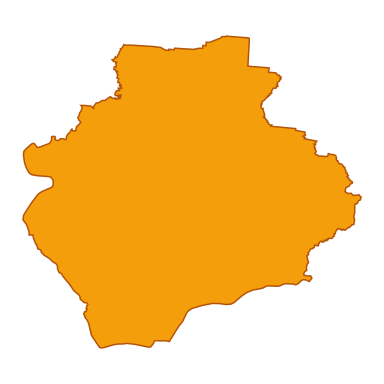 Tha Phae, Satun, Thailand (Mercator projection)
{"feature_id": "78962969B83222523917082", "entity_name": "Tha Phae", "entity_type": "district", "adm_level": 2, "iso_a3": "THA", "parent_name": "Thailand", "parent_adm1": "Satun", "projection": "mercator", "projection_center": [99.941, 6.801], "detail": "fine", "context": "isolated", "style": "filled", "palette": "amber", "viewbox_px": 384, "rotation_deg": 0, "n_neighbors": 0, "source": "geoboundaries", "source_scale": "gbopen_adm2", "svg_char_len": 5861}
<svg xmlns="http://www.w3.org/2000/svg" viewBox="0 0 384 384"><path d="M332.8,154.5L331.8,154.6L328.3,153.6L328.0,155.5L327.3,156.4L324.5,156.5L322.8,156.1L318.5,156.1L317.4,155.0L315.4,154.3L315.0,153.7L315.0,153.0L316.0,152.2L316.2,151.5L315.4,149.4L314.7,148.8L315.3,147.7L314.5,147.2L314.2,145.7L315.1,145.1L314.2,144.3L315.5,144.3L315.3,143.6L316.8,141.2L304.4,138.7L305.1,137.5L303.0,136.4L303.5,135.7L304.3,135.8L305.5,135.0L304.8,134.0L305.0,132.1L295.7,130.4L295.7,128.6L271.1,126.3L270.9,125.7L271.6,125.0L269.9,124.9L268.8,124.2L268.3,122.7L267.4,122.3L267.7,121.2L266.7,120.9L266.6,119.8L263.6,117.2L264.8,116.9L264.3,115.3L264.7,114.3L264.0,113.3L264.0,112.3L262.9,110.1L263.2,108.5L261.5,108.4L261.0,106.9L261.2,104.9L261.7,104.7L261.1,104.0L261.9,103.5L261.8,102.1L264.8,99.8L266.7,97.3L267.5,97.2L267.5,96.2L268.4,96.4L268.7,95.8L269.6,95.3L269.3,94.5L269.6,93.8L270.1,93.6L270.4,94.0L271.7,93.2L271.6,91.0L273.0,88.4L273.5,88.1L275.7,88.3L276.5,87.5L276.4,86.3L277.8,86.3L277.0,85.0L277.5,85.0L277.7,84.5L277.2,82.8L279.7,80.8L279.7,80.1L280.5,79.3L280.2,78.9L280.9,78.8L281.1,78.3L281.0,76.9L280.0,76.7L280.1,76.4L279.1,75.1L278.1,75.6L276.0,72.9L268.4,72.2L269.2,67.9L247.9,66.2L249.2,42.5L249.2,38.6L248.7,37.9L225.8,36.1L225.1,36.7L221.7,36.6L221.0,37.9L209.4,42.4L206.2,42.2L206.0,45.6L202.9,45.5L202.7,48.3L198.6,48.3L193.7,49.4L174.7,48.2L174.3,49.7L168.8,49.3L168.8,50.4L166.9,50.1L166.1,50.4L165.1,50.1L164.4,49.4L162.9,49.0L162.0,48.1L160.7,47.5L153.1,46.5L134.1,45.3L129.1,45.1L126.2,45.3L123.9,44.5L122.3,47.7L121.2,48.6L120.4,48.8L120.5,50.6L119.3,51.8L119.0,53.9L117.9,54.9L117.2,57.2L116.1,57.6L115.4,56.8L114.5,59.0L112.1,59.8L113.5,61.5L115.0,61.7L115.5,62.4L116.2,62.1L116.7,62.4L115.8,63.9L116.2,64.7L116.1,66.9L114.3,66.9L113.8,69.5L115.8,69.9L116.1,71.6L116.8,71.1L117.7,71.6L117.8,71.9L117.1,72.2L117.0,73.9L118.1,75.1L117.5,75.7L117.0,78.2L118.5,78.5L118.7,78.9L117.7,82.3L118.2,82.7L119.4,82.6L119.9,84.4L121.3,85.1L120.9,86.2L120.2,85.5L119.5,85.7L121.8,88.1L121.1,88.6L120.0,87.9L119.5,88.3L118.3,88.1L118.2,88.7L119.0,88.9L119.6,90.6L116.6,90.7L115.1,93.2L114.9,94.8L115.5,95.5L117.4,95.6L117.9,96.4L118.5,96.1L118.4,95.2L120.0,95.4L121.0,95.0L121.1,95.9L119.9,96.9L120.4,98.2L119.5,98.6L118.7,97.3L118.0,98.1L117.9,98.8L116.1,99.2L115.8,98.1L115.1,98.7L114.5,98.2L112.4,98.3L110.4,96.7L107.6,98.4L105.1,100.5L102.1,100.5L98.3,102.9L96.1,103.0L93.4,106.9L93.5,108.3L92.4,107.6L91.4,106.2L84.2,105.4L80.9,105.4L82.1,107.1L82.2,107.9L81.6,109.0L81.4,110.4L80.2,112.1L79.3,114.0L79.1,115.5L77.8,117.7L79.1,120.4L80.6,121.8L80.6,122.3L79.2,124.4L76.6,126.4L75.7,130.9L72.8,130.8L72.2,130.3L72.2,129.2L71.5,129.2L69.8,132.6L68.3,133.6L66.6,136.1L66.1,139.5L65.5,139.7L63.9,139.0L61.3,138.6L60.2,138.9L58.4,140.5L57.0,140.5L55.9,140.1L55.2,139.4L55.3,137.3L54.9,136.5L52.0,136.4L51.6,136.9L51.6,139.3L51.2,140.7L50.1,142.6L49.2,143.5L39.3,147.2L37.6,147.4L36.5,146.6L34.7,144.0L33.7,143.4L32.6,143.5L31.4,144.1L26.6,148.3L24.0,151.1L23.4,154.3L24.4,162.1L25.5,165.7L27.0,169.3L29.5,173.3L31.7,174.7L37.2,175.7L49.3,176.6L50.5,177.0L52.1,178.6L53.1,180.7L53.3,182.2L53.0,185.3L51.9,187.2L41.8,191.6L38.0,194.2L30.9,203.7L24.3,214.0L23.5,215.8L23.0,219.8L26.6,224.7L28.9,231.5L29.2,235.1L32.8,234.9L33.4,237.9L35.7,243.9L36.8,245.2L37.8,249.0L39.7,249.5L41.3,250.7L41.2,252.3L43.1,254.0L43.6,254.9L49.0,258.2L53.4,262.3L55.5,263.3L56.6,264.4L57.4,265.9L57.5,268.6L58.7,271.7L59.6,272.9L61.6,273.7L62.7,276.0L66.6,280.9L69.1,283.6L73.9,290.7L79.1,295.1L79.9,296.3L80.2,299.0L84.3,302.7L86.7,302.8L87.9,304.2L86.6,306.1L86.4,307.4L86.9,308.1L86.2,308.8L86.9,309.9L86.3,310.3L86.2,311.5L84.5,311.9L84.5,312.5L83.8,313.3L83.8,314.2L84.7,315.5L84.6,316.5L85.3,316.9L85.1,317.4L86.8,319.6L88.7,323.4L90.3,330.8L91.1,332.1L90.8,333.3L91.8,335.9L99.5,347.4L101.4,347.9L104.0,347.6L113.6,344.7L118.3,344.0L122.6,344.0L127.1,343.4L135.4,344.4L147.8,347.0L150.4,347.1L153.2,343.9L154.5,340.8L165.6,340.8L169.3,341.5L178.4,326.8L182.7,321.3L186.8,312.7L188.5,310.8L191.9,308.5L202.4,305.4L212.6,303.4L219.8,303.6L225.8,304.5L230.7,304.2L233.7,302.8L242.5,295.4L247.1,292.4L252.8,290.1L262.5,288.2L267.2,285.8L277.5,286.3L280.2,285.7L283.8,284.0L285.5,283.7L293.1,284.0L295.7,284.8L298.2,283.7L301.6,280.4L303.0,279.7L305.4,279.8L309.3,281.5L311.9,278.2L311.2,276.6L310.1,275.7L307.9,276.1L305.3,275.4L304.3,275.5L303.8,274.8L303.9,273.2L305.0,271.2L306.7,270.6L306.4,266.8L307.3,264.2L308.6,262.4L307.7,260.3L307.3,257.0L306.8,256.1L307.3,255.2L308.3,254.9L308.6,254.0L308.1,253.7L308.0,253.1L309.5,251.3L309.9,249.9L310.8,248.9L312.1,248.9L312.6,248.2L314.1,247.7L314.7,245.1L315.5,245.5L316.7,245.3L317.6,245.9L318.4,245.6L318.7,245.1L318.3,243.6L319.3,243.3L319.8,241.9L321.1,241.1L321.6,241.1L322.0,242.0L323.4,242.1L323.9,241.8L324.2,240.3L324.9,240.3L325.4,240.8L326.4,239.7L326.6,240.6L327.0,240.5L327.1,240.0L328.2,239.6L327.9,238.7L328.3,238.3L331.7,238.4L332.6,238.0L332.6,237.4L333.8,235.8L334.2,235.9L334.1,234.9L334.6,234.5L334.3,233.8L335.3,233.3L335.8,231.3L337.3,229.3L337.8,229.4L338.3,228.5L339.2,228.9L340.2,228.8L341.4,230.2L341.8,229.9L342.6,229.9L343.3,229.2L344.1,230.1L344.7,229.8L345.3,230.1L346.8,228.6L348.9,227.4L349.6,227.4L351.8,225.0L353.9,224.4L354.6,219.4L353.7,216.5L354.7,213.0L354.8,204.4L355.4,203.8L356.9,203.9L358.6,200.6L360.3,200.0L361.0,197.7L360.9,196.7L360.3,196.5L358.9,194.7L357.0,195.3L353.5,195.3L352.8,195.1L351.2,193.3L348.1,193.5L345.1,191.7L345.8,187.8L349.0,186.2L350.4,184.1L352.3,183.1L352.5,182.1L351.4,181.2L349.9,180.6L349.8,179.5L348.7,178.8L348.6,178.0L347.0,177.0L347.0,176.5L348.3,175.7L347.3,174.7L347.3,173.2L345.8,172.6L345.8,171.6L346.1,170.9L344.9,169.0L344.9,167.4L343.1,166.7L343.0,165.6L341.7,164.1L338.9,163.6L338.7,162.8L337.6,161.2L337.8,160.7L336.8,160.3L336.2,159.2L336.5,158.0L335.6,155.4L332.8,154.5Z" fill="#f59e0b" stroke="#b45309" stroke-width="1.5"/></svg>